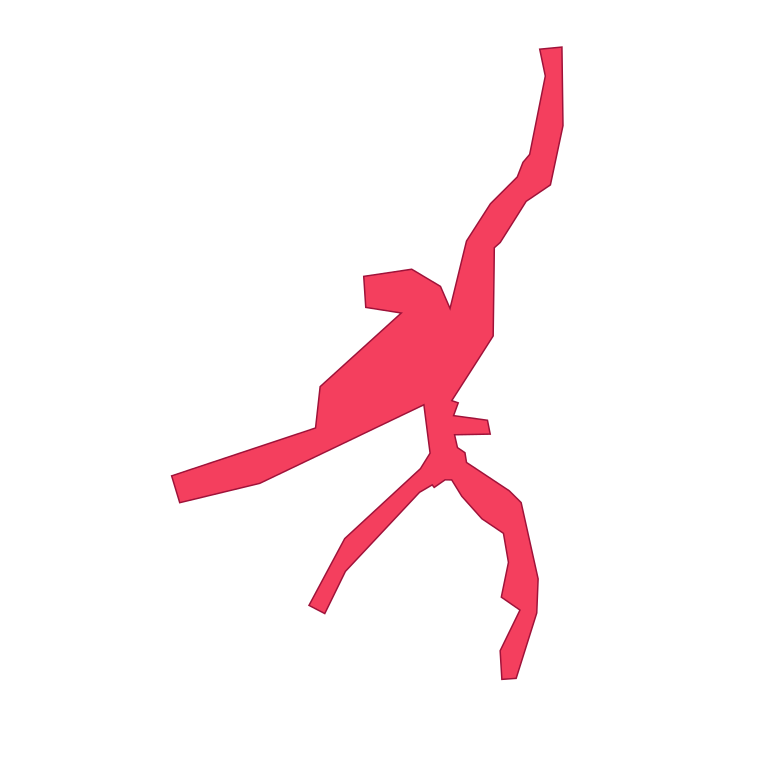 outline of Vlahita, Harghita, Romania, rotated 172°
{"feature_id": "2599482B45078767996614", "entity_name": "Vlahita", "entity_type": "district", "adm_level": 2, "iso_a3": "ROU", "parent_name": "Romania", "parent_adm1": "Harghita", "projection": "equal_earth", "projection_center": [25.468, 46.349], "detail": "fine", "context": "isolated", "style": "filled", "palette": "rose", "viewbox_px": 768, "rotation_deg": 172, "n_neighbors": 0, "source": "geoboundaries", "source_scale": "gbopen_adm2", "svg_char_len": 973}
<svg xmlns="http://www.w3.org/2000/svg" viewBox="0 0 768 768"><g transform="rotate(172 384 384)"><path d="M330.3,279.6L322.6,262.0L305.8,236.9L286.5,219.5L285.6,190.0L297.5,156.6L280.8,141.2L306.1,103.7L308.4,75.1L294.1,74.1L264.6,136.0L258.5,169.6L264.0,238.6L264.7,247.5L274.8,260.8L313.2,294.8L313.3,299.7L313.4,304.7L320.1,310.8L321.2,323.9L285.8,319.6L286.6,333.7L319.5,343.0L313.1,355.0L319.2,358.1L285.6,397.2L269.2,416.4L259.1,481.9L255.8,503.6L249.2,508.0L233.5,526.5L217.8,545.1L191.5,558.0L170.8,614.9L160.9,692.9L183.2,693.9L181.4,666.5L207.8,591.1L215.5,584.2L223.2,570.5L253.5,547.7L282.4,514.1L308.1,449.6L314.5,472.8L340.6,493.8L389.1,493.4L391.4,462.4L357.0,451.9L447.6,390.3L457.9,350.0L607.1,322.6L602.8,294.9L520.9,302.9L434.1,330.4L399.2,341.5L347.4,357.9L348.0,309.1L359.7,295.1L444.4,236.4L489.1,175.2L474.6,164.9L448.3,203.8L363.9,271.8L350.3,277.4L348.7,274.6L336.9,280.6L330.3,279.6Z" fill="#f43f5e" stroke="#9f1239" stroke-width="1.5"/></g></svg>